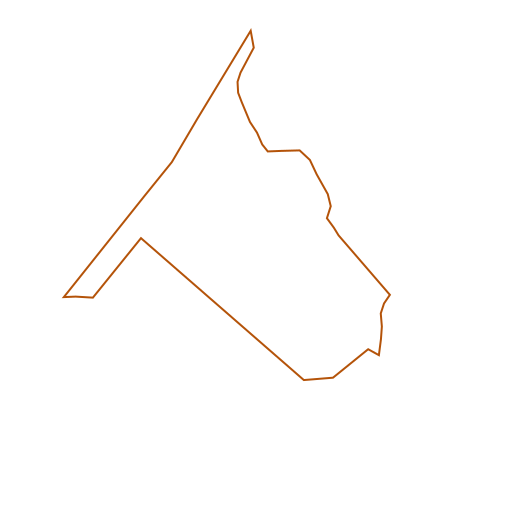 the district of Vista Serrana, Paraíba, Brazil, rotated 313°
{"feature_id": "56859067B19938607115103", "entity_name": "Vista Serrana", "entity_type": "district", "adm_level": 2, "iso_a3": "BRA", "parent_name": "Brazil", "parent_adm1": "Paraíba", "projection": "natural_earth1", "projection_center": [-37.563, -6.761], "detail": "fine", "context": "isolated", "style": "outline", "palette": "amber", "viewbox_px": 512, "rotation_deg": 313, "n_neighbors": 0, "source": "geoboundaries", "source_scale": "gbopen_adm2", "svg_char_len": 596}
<svg xmlns="http://www.w3.org/2000/svg" viewBox="0 0 512 512"><g transform="rotate(313 256 256)"><path d="M267.3,413.5L280.4,404.1L290.2,396.2L299.1,386.4L308.6,382.0L318.9,380.4L327.4,302.3L329.8,293.6L332.0,282.1L343.4,276.7L350.2,266.3L357.1,244.7L363.0,229.9L363.0,215.9L349.9,202.6L340.5,193.3L341.8,184.5L346.9,172.6L349.9,160.2L358.9,140.4L363.2,131.6L370.8,123.7L379.6,119.6L406.8,112.3L417.1,98.5L315.9,119.6L267.3,130.4L223.8,133.5L94.9,143.5L103.3,151.8L114.3,165.1L190.6,159.7L197.9,375.6L219.5,395.3L264.3,401.6L267.3,413.5Z" fill="none" stroke="#b45309" stroke-width="2"/></g></svg>